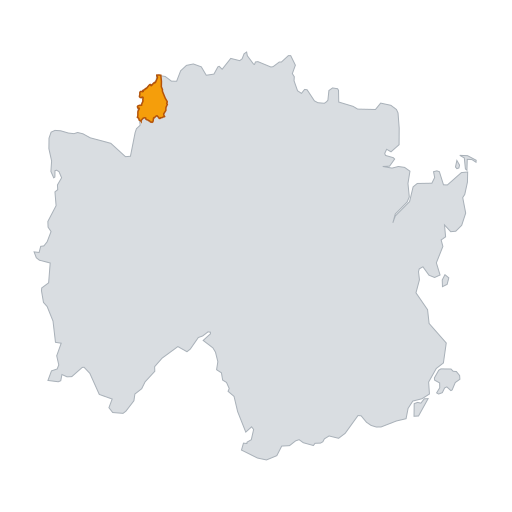 location of Saarland within Germany, rotated 89°
{"feature_id": "DEU-1581", "entity_name": "Saarland", "entity_type": "State", "adm_level": 1, "iso_a3": "DEU", "parent_name": "Germany", "parent_adm1": "", "projection": "natural_earth1", "projection_center": [7.056, 49.367], "detail": "fine", "context": "in_parent", "style": "filled", "palette": "amber", "viewbox_px": 512, "rotation_deg": 89, "n_neighbors": 0, "source": "natural_earth", "source_scale": "10m", "svg_char_len": 5730}
<svg xmlns="http://www.w3.org/2000/svg" viewBox="0 0 512 512"><g transform="rotate(89 256 256)"><path d="M217.8,463.5L202.2,455.0L188.4,455.9L186.2,453.1L181.5,453.3L174.4,449.0L168.2,451.5L166.7,454.0L167.2,455.5L173.5,455.7L174.3,456.9L167.9,459.6L157.4,458.7L145.1,461.2L134.6,460.9L128.6,458.7L126.9,454.8L127.4,449.1L129.8,441.4L130.5,435.8L129.4,432.2L130.8,426.9L134.9,419.8L140.8,399.2L154.4,384.8L154.1,379.8L130.5,374.7L126.6,373.3L123.2,369.5L104.5,371.7L103.0,367.9L98.0,366.3L92.8,369.4L91.0,369.0L83.7,359.8L81.9,355.5L78.5,352.7L73.4,352.2L74.9,343.7L79.7,337.5L79.9,332.3L69.5,328.1L64.2,322.2L62.9,315.3L65.9,307.4L74.4,302.6L73.4,294.9L66.2,290.8L65.7,289.5L68.7,286.6L58.0,277.8L60.4,268.9L58.6,266.4L53.6,264.4L51.9,261.8L55.6,261.2L64.1,255.1L64.4,254.1L62.0,253.2L61.7,250.7L67.3,237.8L67.0,235.6L62.5,229.4L62.5,227.2L56.2,220.1L56.3,217.8L65.9,213.3L74.3,216.5L77.4,214.6L81.5,214.9L91.5,211.6L94.2,207.7L90.3,204.5L90.7,202.0L101.9,194.9L103.8,191.5L104.5,185.0L103.0,182.8L101.5,181.4L91.8,180.2L89.3,176.5L90.2,171.5L91.8,170.6L103.5,170.6L108.1,156.3L110.9,151.8L111.6,134.0L105.3,128.7L107.7,118.5L112.0,113.0L115.5,111.5L130.6,110.6L147.2,111.0L154.2,119.2L151.6,123.5L155.7,125.5L157.7,124.8L160.1,117.0L161.5,115.7L168.5,120.9L168.7,127.7L170.5,118.5L169.0,112.1L170.0,105.9L173.9,100.6L186.1,102.8L199.6,101.7L204.7,104.0L216.4,116.0L225.2,118.6L218.4,116.0L204.3,101.5L189.6,97.7L186.3,93.5L186.3,78.9L180.7,76.0L174.8,77.0L174.0,73.7L174.9,71.2L188.1,67.3L188.3,63.4L176.2,49.2L175.7,42.9L185.8,43.3L198.1,46.2L201.2,48.3L216.8,45.6L228.9,49.8L234.7,55.8L235.1,60.9L228.2,67.0L240.1,66.1L243.2,70.6L249.7,69.0L266.0,75.8L278.2,72.3L280.6,77.8L278.2,83.4L269.7,89.3L271.7,93.0L274.5,93.8L282.6,93.0L295.6,96.7L312.7,85.4L326.5,84.1L346.3,67.3L366.2,70.5L371.6,77.7L385.0,85.6L397.0,85.0L401.6,92.5L403.8,101.8L411.0,106.6L421.3,108.8L423.4,118.5L429.1,133.9L429.1,138.7L427.4,143.9L424.2,148.4L417.6,153.7L417.3,156.8L434.8,169.9L439.7,176.6L437.2,186.1L440.0,190.8L442.9,192.4L444.2,194.8L444.3,200.3L446.5,201.9L443.5,212.0L440.4,216.1L441.5,219.6L446.2,225.8L446.5,233.6L456.0,238.7L460.1,249.1L458.0,258.1L449.8,273.9L442.9,271.8L443.3,268.4L442.0,268.2L439.6,263.9L429.4,261.4L426.7,263.4L431.9,269.3L411.2,277.1L396.0,280.4L390.8,286.3L388.0,285.1L381.9,287.7L379.5,291.5L372.2,292.6L369.0,297.4L361.0,296.0L351.4,298.2L347.1,300.7L339.5,310.3L333.0,302.9L331.4,302.9L331.0,305.3L335.0,310.7L336.5,315.1L347.9,323.3L350.5,326.7L345.2,335.7L356.5,351.7L364.9,359.3L369.5,359.2L379.9,369.1L386.7,372.6L391.9,379.5L398.6,380.6L408.9,388.8L411.0,391.7L410.0,402.0L405.1,405.7L396.5,402.3L391.7,415.1L370.4,424.2L364.3,429.8L364.3,431.6L373.4,442.3L373.5,447.1L371.1,452.1L377.3,453.4L378.3,455.9L376.8,466.2L367.3,462.5L365.5,456.8L361.5,455.1L352.3,457.0L339.8,452.3L338.8,458.0L317.5,460.1L302.9,465.7L298.7,469.3L287.0,471.1L284.2,470.8L279.2,463.8L259.4,461.9L256.4,472.7L253.9,475.7L248.0,477.8L248.7,472.8L242.6,471.1L242.2,467.9L238.2,464.6L228.0,460.5L223.5,463.4L217.8,463.5ZM395.9,72.1L397.2,75.8L396.0,77.8L391.0,74.6L386.1,74.6L383.3,79.5L381.1,79.8L373.4,75.3L372.1,73.1L372.4,63.0L374.7,60.9L375.0,57.7L379.1,54.5L382.8,54.3L386.0,59.0L393.3,62.2L394.0,63.5L390.2,67.5L391.2,69.7L395.9,72.1ZM418.8,96.3L419.0,100.8L406.4,100.4L405.2,97.0L406.0,93.7L401.7,90.2L401.6,86.4L418.8,96.3ZM161.6,46.0L158.9,50.5L159.4,42.7L164.1,34.2L166.1,34.4L163.4,38.3L163.0,43.1L173.9,43.6L172.6,45.1L161.6,46.0ZM289.9,70.1L283.2,70.2L278.0,67.4L281.2,63.6L287.7,65.4L289.9,70.1ZM172.2,53.6L170.5,55.0L164.0,53.5L168.7,50.9L171.5,51.6L172.2,53.6Z" fill="#d9dde1" stroke="#a8b0b8" stroke-width="1"/><path d="M73.4,352.0L73.4,351.6L73.3,349.9L73.6,348.0L73.9,348.0L79.9,347.5L85.1,347.7L88.0,346.6L89.1,346.7L89.3,346.7L89.9,346.6L96.6,344.0L100.0,342.1L100.3,342.1L100.6,342.1L101.2,342.3L101.6,342.6L101.9,342.6L102.8,342.0L105.6,343.3L105.8,343.4L106.1,343.5L108.9,343.6L109.1,343.7L110.1,344.4L111.7,345.4L111.9,345.6L112.0,345.7L112.3,345.8L112.8,345.8L113.6,345.6L114.0,345.5L114.4,345.3L114.7,345.1L114.9,344.9L115.1,345.0L115.2,345.9L115.5,346.6L116.0,347.5L116.1,348.0L116.1,348.8L116.1,349.0L116.4,349.2L116.6,349.3L116.8,349.6L116.8,350.0L116.8,350.3L116.6,350.5L116.2,350.7L115.8,350.9L115.5,351.1L114.6,352.1L114.4,352.2L114.2,352.3L114.0,352.6L114.3,353.4L115.3,354.5L116.1,355.3L116.2,355.5L116.0,355.8L116.5,356.1L118.7,356.4L119.8,356.7L120.2,356.9L120.5,357.5L120.2,357.9L120.2,358.0L120.3,358.4L120.4,358.6L120.3,358.8L120.1,359.2L120.0,359.4L119.8,359.5L119.3,359.9L119.0,360.1L118.9,360.9L118.8,361.1L118.6,361.3L118.3,361.5L118.2,361.6L118.1,361.8L118.0,362.2L117.9,362.6L117.8,363.0L117.5,363.4L117.3,363.6L117.2,363.7L117.1,363.8L116.7,363.8L116.4,363.8L116.2,363.8L115.9,364.4L115.8,364.7L115.8,364.9L116.0,365.4L116.1,365.7L116.1,366.3L117.8,367.9L118.6,368.5L119.5,368.5L118.7,369.1L118.5,369.3L118.2,370.2L118.0,370.5L117.6,370.6L116.7,370.7L116.3,370.9L116.0,371.1L115.5,372.0L115.3,372.2L115.0,372.1L113.8,371.7L109.9,371.6L109.2,371.4L108.5,371.1L106.7,370.1L106.1,370.4L106.1,370.7L106.3,371.0L106.2,371.3L104.8,372.0L103.8,371.4L103.3,369.8L103.3,367.8L102.3,367.7L99.5,366.4L99.0,366.3L97.7,366.4L95.8,366.1L95.4,366.2L95.1,367.0L95.5,367.9L95.6,368.9L94.8,369.7L94.3,369.8L92.5,369.3L90.5,369.3L90.0,369.1L89.4,368.3L89.5,367.6L89.8,366.8L89.5,365.9L89.3,365.9L88.7,366.3L88.4,366.1L88.3,365.6L88.2,365.5L88.1,365.3L87.7,364.2L86.9,363.8L86.7,363.7L86.6,363.4L86.7,362.9L86.6,362.6L83.7,360.2L82.9,359.4L82.6,358.8L82.9,358.2L83.7,358.2L83.9,357.7L83.7,357.4L81.5,355.5L81.2,355.1L81.3,355.1L81.3,354.7L81.2,354.3L80.9,353.8L80.1,353.2L76.0,351.4L75.5,351.4L75.1,351.5L74.3,352.0L73.8,352.1L73.4,352.0Z" fill="#f59e0b" stroke="#b45309" stroke-width="1.5"/></g></svg>